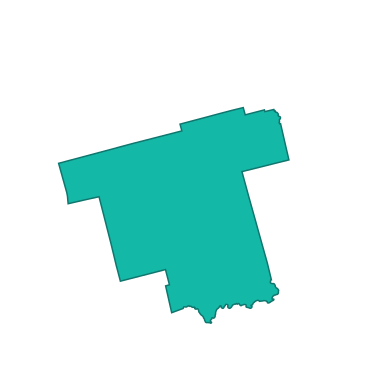 outline of Pila, Buenos Aires, Argentina, rotated 123°
{"feature_id": "61730980B41128044473522", "entity_name": "Pila", "entity_type": "district", "adm_level": 2, "iso_a3": "ARG", "parent_name": "Argentina", "parent_adm1": "Buenos Aires", "projection": "orthographic", "projection_center": [-58.263, -36.217], "detail": "fine", "context": "isolated", "style": "filled", "palette": "teal", "viewbox_px": 384, "rotation_deg": 123, "n_neighbors": 0, "source": "geoboundaries", "source_scale": "gbopen_adm2", "svg_char_len": 5542}
<svg xmlns="http://www.w3.org/2000/svg" viewBox="0 0 384 384"><g transform="rotate(123 192 192)"><path d="M298.5,211.5L302.6,207.0L305.8,203.5L271.5,172.0L282.1,160.4L285.1,163.0L304.3,143.3L295.7,136.9L294.5,136.0L294.3,136.1L293.8,136.2L293.1,136.3L292.8,136.2L292.6,136.1L292.3,135.7L292.0,134.8L291.7,134.4L291.6,134.2L291.3,133.9L290.9,133.7L290.3,133.6L290.1,133.4L289.9,133.1L289.6,133.0L289.3,132.9L289.1,132.7L289.1,132.3L289.2,132.0L289.2,131.7L288.8,131.1L288.5,130.9L288.4,130.6L288.4,130.1L288.5,129.8L288.6,129.5L288.5,129.0L288.2,128.3L287.8,127.9L287.6,127.6L287.4,127.4L287.3,127.2L287.3,126.7L287.5,126.4L287.8,126.4L288.2,126.3L288.3,126.1L288.3,125.4L288.2,125.1L287.9,124.6L287.6,124.4L287.2,124.3L287.0,124.0L286.9,123.5L287.0,123.1L287.1,122.9L287.3,122.5L287.5,122.2L287.9,121.9L288.4,121.3L288.8,120.9L289.0,120.6L289.3,119.7L289.5,119.3L289.6,118.9L289.8,118.5L290.1,117.4L290.2,117.1L290.2,116.2L290.2,115.9L290.3,115.3L290.4,115.1L290.6,114.6L290.7,114.4L290.9,114.1L291.2,113.9L291.4,113.6L291.5,113.0L291.7,112.6L292.0,112.2L292.6,111.6L292.9,111.2L293.1,110.7L293.4,110.4L293.6,110.1L293.8,109.6L293.8,109.3L293.6,108.8L293.6,108.6L293.3,108.3L293.1,107.9L292.9,107.6L292.6,107.0L292.2,106.5L292.1,106.4L292.0,106.2L292.0,105.6L292.0,105.3L291.7,104.8L291.5,104.6L291.3,104.5L291.2,104.5L290.7,104.6L290.6,104.8L290.5,105.5L290.4,106.0L290.2,106.3L289.9,106.5L289.7,106.5L289.1,106.5L288.6,106.6L288.2,106.5L287.8,106.3L287.6,106.4L287.4,106.5L287.1,106.7L286.8,106.7L286.6,106.6L286.4,106.5L286.3,106.3L286.2,105.6L286.2,105.4L286.0,105.2L285.4,104.8L284.8,104.7L284.5,104.7L284.0,104.8L283.4,105.0L282.8,105.5L281.6,105.7L281.1,106.0L280.4,106.5L280.0,106.6L279.1,106.9L278.2,107.1L277.1,107.2L276.2,107.1L275.9,107.0L275.6,106.8L275.2,106.7L274.3,106.5L274.0,106.5L273.2,106.5L272.9,106.6L272.7,106.5L272.4,106.5L272.1,106.3L271.9,106.1L271.8,105.9L271.8,105.6L271.9,105.4L272.0,105.3L272.6,105.1L272.7,104.9L272.8,104.5L273.0,103.6L273.0,103.3L272.9,103.1L272.8,102.9L272.7,102.7L272.2,102.4L271.4,102.3L271.1,102.5L270.8,102.6L270.5,102.5L270.0,102.4L269.7,102.4L269.3,102.3L268.7,102.4L268.4,102.5L268.2,102.5L267.9,102.4L267.5,102.1L267.4,101.8L267.3,101.5L267.2,101.1L267.2,100.8L267.2,100.5L267.3,100.2L267.6,100.0L268.1,99.9L268.4,99.8L268.7,99.5L269.1,99.1L269.3,98.9L269.3,98.2L269.3,97.9L269.3,97.6L269.2,97.3L269.0,97.0L268.7,96.8L268.4,96.6L267.0,96.2L266.6,96.2L264.9,96.4L264.6,96.3L263.9,95.8L263.6,95.6L263.3,95.5L262.7,95.1L262.5,94.8L262.4,94.5L262.3,94.3L262.1,94.2L261.9,94.3L261.5,94.1L261.3,94.0L261.2,93.7L261.3,93.5L261.4,93.4L261.4,93.1L261.3,92.9L261.1,92.6L260.8,92.5L260.5,92.4L260.3,92.3L260.2,92.1L260.1,91.9L260.1,91.6L260.1,91.4L260.2,91.1L260.5,90.6L260.8,89.8L260.8,89.4L260.7,89.1L260.5,88.8L260.2,88.7L259.7,88.5L259.2,88.1L258.7,87.6L258.4,87.4L258.1,87.2L257.9,86.9L257.6,86.5L257.4,86.0L257.3,85.7L257.3,85.4L257.4,85.1L257.6,84.8L257.9,84.6L258.2,84.4L258.5,84.4L258.7,84.2L258.9,84.0L258.9,83.7L258.9,83.4L258.8,83.1L258.5,82.5L258.4,82.0L258.1,81.1L257.9,80.0L257.7,79.7L257.2,79.3L256.9,79.1L256.5,79.0L255.9,79.1L255.5,79.2L255.3,79.5L255.2,79.8L255.2,80.3L255.2,80.5L254.9,80.8L254.7,80.7L253.9,80.0L253.5,79.8L253.1,79.9L252.8,80.0L252.6,80.1L252.4,80.1L252.2,80.1L251.8,80.0L251.3,80.0L250.6,79.7L250.2,79.7L249.6,79.5L248.4,79.0L248.2,78.8L247.7,78.5L247.3,78.1L246.9,77.8L246.8,77.3L246.7,76.8L246.7,76.6L246.9,76.1L246.9,75.8L246.8,75.6L245.9,74.7L245.4,74.0L244.5,73.0L244.1,72.8L244.0,72.6L243.5,71.8L243.4,71.4L243.3,71.1L243.1,70.9L243.0,70.6L243.0,69.5L243.1,69.4L243.1,69.2L243.6,68.6L243.8,68.3L243.7,68.0L243.6,67.7L243.4,67.5L243.2,67.2L242.9,67.0L242.8,66.9L242.7,66.8L242.3,66.6L242.0,66.6L241.9,66.5L241.5,66.4L241.4,66.3L241.4,66.2L240.8,66.0L240.1,65.6L239.4,65.4L239.1,65.3L239.0,65.2L238.9,65.0L238.7,64.8L238.4,64.7L237.9,64.7L237.7,64.8L237.4,64.9L237.3,65.1L237.4,65.4L237.6,65.5L237.9,65.8L238.0,65.9L238.1,66.2L238.2,66.3L238.1,66.5L237.7,66.8L237.4,67.0L236.9,67.2L236.7,67.3L235.8,67.3L235.2,67.3L234.8,67.2L234.4,66.9L234.1,66.9L233.8,66.9L233.5,66.7L233.3,66.3L232.7,65.7L232.3,65.5L231.9,65.4L231.4,64.7L231.2,64.5L230.1,64.5L229.8,64.5L229.6,64.6L229.1,64.8L228.7,65.2L228.2,65.4L227.6,65.6L227.3,65.8L227.2,65.9L227.0,66.4L226.7,66.9L226.5,67.6L226.4,67.9L226.4,68.1L226.6,68.9L226.6,69.0L226.2,70.0L226.0,70.4L225.8,70.7L225.7,70.9L225.3,71.1L225.1,71.3L224.9,71.6L224.8,71.8L224.6,72.3L224.5,72.6L224.3,73.0L224.3,73.4L224.4,73.8L224.7,74.1L225.0,74.5L225.2,75.2L225.2,75.4L225.4,75.6L225.5,75.9L225.5,76.2L225.5,76.5L225.4,76.8L225.2,77.1L225.0,77.3L224.8,77.4L224.1,77.5L223.9,77.5L223.2,78.0L222.9,78.1L222.7,78.0L222.4,77.6L210.4,90.3L189.9,113.6L182.2,122.3L164.5,142.4L147.7,161.2L112.3,128.2L101.8,139.1L101.5,139.4L86.4,155.0L87.1,155.7L86.7,156.1L86.4,156.6L86.3,156.8L85.5,156.9L85.1,157.1L84.9,157.3L84.4,157.7L84.2,157.9L83.6,158.2L83.4,158.2L83.2,157.9L82.9,157.9L82.4,157.9L82.1,157.9L81.7,158.2L81.4,158.3L81.1,158.7L80.9,159.3L80.9,159.7L81.2,160.3L81.2,160.9L81.1,161.2L81.0,161.4L80.4,161.6L80.2,161.7L79.9,161.9L79.5,162.4L79.4,162.7L79.3,162.9L79.2,163.3L79.1,163.6L79.0,164.3L79.1,164.6L79.4,165.1L79.5,165.3L79.5,165.5L79.4,165.7L78.9,166.1L78.7,166.4L79.0,166.6L79.3,166.8L79.3,167.0L79.0,167.4L78.6,167.6L78.2,168.3L84.9,174.7L83.7,176.0L98.3,189.4L93.3,195.0L101.7,202.9L111.7,212.0L120.6,220.0L141.6,239.0L146.3,233.8L182.7,267.3L240.6,319.5L260.7,296.7L263.3,294.2L269.3,289.5L257.9,278.5L246.6,267.4L280.0,231.2L295.0,215.4L298.5,211.5Z" fill="#14b8a6" stroke="#0f766e" stroke-width="1.5"/></g></svg>